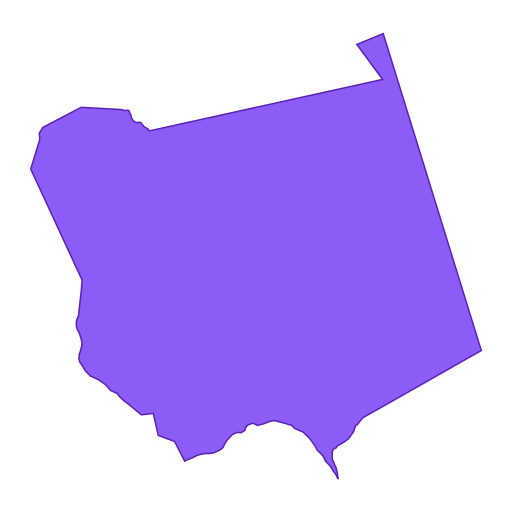 Santiago Yaitepec, Oaxaca, Mexico
{"feature_id": "50627088B1760637250233", "entity_name": "Santiago Yaitepec", "entity_type": "district", "adm_level": 2, "iso_a3": "MEX", "parent_name": "Mexico", "parent_adm1": "Oaxaca", "projection": "orthographic", "projection_center": [-97.247, 16.21], "detail": "fine", "context": "isolated", "style": "filled", "palette": "violet", "viewbox_px": 512, "rotation_deg": 0, "n_neighbors": 0, "source": "geoboundaries", "source_scale": "gbopen_adm2", "svg_char_len": 1685}
<svg xmlns="http://www.w3.org/2000/svg" viewBox="0 0 512 512"><path d="M383.2,33.6L382.0,34.1L356.8,44.4L382.6,79.4L150.2,130.7L148.2,130.1L148.2,129.5L148.1,129.0L147.4,128.7L145.6,127.6L144.0,126.5L142.5,125.0L141.3,123.2L140.9,122.6L140.4,122.4L138.5,122.4L136.7,122.4L135.2,122.1L133.2,120.7L131.9,118.6L131.5,117.9L130.7,114.5L130.1,113.7L129.3,111.2L128.4,110.3L127.1,110.3L123.9,110.5L123.7,110.5L122.1,109.6L121.8,109.6L81.2,107.3L43.2,127.2L42.9,127.4L39.9,132.2L39.3,133.3L39.7,139.6L30.7,169.1L44.3,198.4L82.1,280.1L81.2,291.3L78.5,315.6L76.4,321.0L76.3,325.4L77.0,328.9L79.4,333.2L81.2,339.1L82.0,343.4L81.7,345.9L80.3,351.4L79.3,354.2L78.9,358.5L79.7,362.0L82.4,365.9L85.4,370.9L90.3,375.9L98.8,379.9L105.5,384.7L110.8,390.6L117.5,393.6L118.9,396.0L124.2,401.1L128.5,404.2L137.8,411.9L141.4,414.8L153.3,413.5L158.2,435.4L174.6,441.5L183.2,458.3L184.7,461.2L186.8,460.0L192.7,457.7L197.0,455.4L201.2,454.2L205.5,453.5L209.5,453.5L214.3,452.7L220.1,449.9L223.0,447.6L225.3,442.8L226.9,440.4L229.5,437.7L232.0,434.8L234.8,433.4L237.1,432.5L241.0,432.7L244.9,430.4L245.6,427.6L247.7,425.1L252.9,423.1L257.4,425.4L264.3,423.6L270.4,421.2L272.5,420.9L274.5,420.6L281.1,422.3L291.8,425.4L294.5,428.4L300.9,431.2L303.1,432.1L308.4,437.2L310.6,439.7L314.9,445.6L317.1,449.9L323.0,455.9L325.4,461.0L330.5,466.4L333.6,471.6L335.6,474.2L337.6,478.2L338.1,478.4L337.0,471.2L336.3,468.4L334.6,464.6L333.9,462.5L332.2,459.2L332.3,451.3L333.9,448.8L336.3,447.7L337.7,445.6L342.4,443.0L344.3,441.9L348.8,438.5L353.7,431.4L354.6,428.7L355.4,426.1L356.5,425.2L358.1,423.7L359.1,422.3L362.9,417.7L394.4,399.9L481.3,350.5L383.2,33.6Z" fill="#8b5cf6" stroke="#5b21b6" stroke-width="1.5"/></svg>